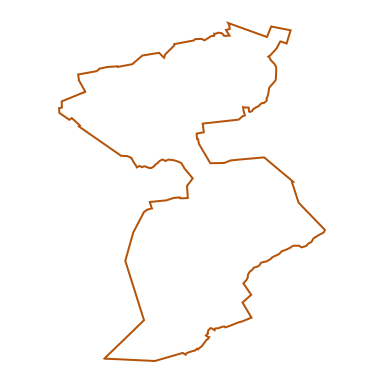 Eersel, Noord-Brabant, Netherlands (Natural Earth projection)
{"feature_id": "6326949B60524061283729", "entity_name": "Eersel", "entity_type": "district", "adm_level": 2, "iso_a3": "NLD", "parent_name": "Netherlands", "parent_adm1": "Noord-Brabant", "projection": "natural_earth1", "projection_center": [5.327, 51.393], "detail": "fine", "context": "isolated", "style": "outline", "palette": "amber", "viewbox_px": 384, "rotation_deg": 0, "n_neighbors": 0, "source": "geoboundaries", "source_scale": "gbopen_adm2", "svg_char_len": 5647}
<svg xmlns="http://www.w3.org/2000/svg" viewBox="0 0 384 384"><path d="M104.4,358.6L104.6,358.7L105.2,358.7L117.3,359.2L154.9,361.0L182.8,352.9L185.6,354.7L185.7,354.4L185.8,354.2L186.0,353.8L186.2,353.6L186.6,353.3L186.8,353.3L187.2,352.9L188.2,352.5L188.4,352.4L190.1,351.8L190.5,351.8L190.9,351.7L191.1,351.6L191.5,351.4L192.6,351.1L193.5,350.9L194.9,350.4L195.0,350.5L197.1,348.7L198.0,349.4L198.1,349.2L199.1,348.3L199.8,347.7L201.4,346.5L201.9,346.1L202.3,345.6L203.1,344.4L205.0,342.0L205.4,341.4L205.8,340.7L206.2,340.2L206.8,339.7L207.5,339.3L208.4,338.4L208.9,337.6L209.0,337.3L209.1,337.2L208.0,336.8L207.7,336.6L206.7,336.1L206.1,335.7L205.9,335.5L206.5,334.9L207.3,334.1L207.7,333.9L207.8,333.8L207.9,333.7L208.0,333.3L208.0,333.2L207.6,332.5L207.9,331.8L208.1,331.4L208.2,331.1L208.2,330.8L208.2,330.6L208.6,330.0L209.0,329.6L209.7,328.9L210.9,328.0L214.6,330.2L215.0,328.6L218.7,328.1L220.7,327.3L224.1,326.4L225.3,327.4L229.4,326.0L233.7,324.3L236.8,323.0L237.6,322.7L238.9,322.3L240.5,321.9L241.8,321.5L247.6,319.2L248.6,318.8L249.9,318.2L251.5,317.7L242.5,302.5L251.2,294.8L249.7,292.6L244.5,285.0L243.5,283.5L243.9,283.3L244.0,283.1L244.2,282.9L244.2,282.7L244.3,282.2L244.6,281.8L245.8,280.8L246.2,280.4L246.3,280.2L247.3,278.5L247.5,278.2L247.6,277.8L247.8,276.6L247.9,275.6L247.9,275.0L248.3,274.2L248.6,273.5L249.1,272.6L249.7,271.8L249.8,271.7L250.0,271.5L250.3,271.3L251.2,270.7L252.8,269.2L253.1,268.8L253.4,268.1L253.5,267.9L253.8,267.7L257.4,266.6L258.1,266.3L259.1,265.6L259.4,265.3L260.1,264.3L260.6,263.2L260.8,262.9L261.9,262.5L262.8,262.2L265.3,261.6L266.2,261.5L266.8,261.3L270.3,259.2L270.9,258.8L271.0,258.7L271.2,258.4L271.7,257.9L272.0,257.5L272.3,257.4L273.2,256.8L274.0,256.4L276.9,255.2L278.9,254.1L279.3,253.9L279.5,253.7L281.2,251.8L281.7,251.4L282.0,251.2L282.4,251.0L286.6,249.5L288.1,248.7L289.1,248.2L290.2,247.8L290.4,247.7L290.7,247.5L291.3,246.8L291.4,246.7L292.5,246.1L293.3,245.9L294.4,245.7L295.1,245.7L296.8,245.8L297.1,245.8L298.5,245.6L298.8,245.6L299.0,245.7L299.2,245.8L301.1,247.2L301.4,247.3L301.6,247.3L301.8,247.3L302.2,247.2L306.1,245.9L306.3,245.8L306.4,245.7L308.5,243.5L308.8,243.3L309.0,243.1L310.3,242.6L310.7,242.4L311.4,241.8L311.8,241.4L313.2,238.8L313.3,238.6L313.6,238.4L313.8,238.2L318.7,235.1L319.4,234.7L322.7,233.1L323.1,232.9L323.6,232.4L323.8,232.2L324.1,231.9L324.3,231.3L324.9,230.0L324.4,229.6L324.3,229.3L304.1,208.4L298.6,202.7L298.2,201.5L294.3,189.3L292.0,182.4L293.3,181.9L291.7,180.5L280.1,170.8L264.2,157.4L240.0,159.5L230.4,160.5L224.2,163.0L210.3,163.2L207.0,157.6L198.9,143.8L198.1,139.1L197.2,139.1L196.6,134.6L197.2,133.9L197.0,133.5L203.8,132.3L202.7,123.6L238.7,119.6L242.4,116.4L244.9,115.4L243.5,110.6L243.1,107.2L243.6,107.4L243.9,107.4L248.7,107.6L249.0,111.5L249.9,112.0L250.4,111.7L250.6,111.6L250.9,111.5L251.9,111.2L252.0,111.1L252.5,110.4L253.1,109.3L253.6,109.0L253.7,108.8L254.6,108.3L256.6,107.0L256.8,107.0L257.0,107.0L258.6,106.1L258.8,105.9L259.9,104.8L261.0,103.8L261.3,103.5L261.5,103.3L261.8,103.1L262.1,103.1L262.7,103.0L263.3,103.1L263.9,102.9L264.2,102.8L265.4,101.9L265.6,101.7L266.1,101.3L266.6,100.6L266.7,100.4L266.8,100.1L266.9,99.9L266.6,99.1L266.5,98.2L267.0,97.9L267.1,97.7L268.1,94.5L268.5,92.4L268.8,90.4L268.9,89.2L269.0,88.5L269.3,87.8L269.6,87.3L270.0,86.7L274.9,81.2L275.3,80.7L275.6,79.9L275.7,79.7L275.8,79.1L276.2,71.5L276.2,68.2L276.2,67.6L276.1,67.1L275.9,66.7L275.1,64.9L274.8,64.4L274.4,63.9L271.2,60.6L270.9,60.3L270.7,59.9L269.6,57.9L269.3,57.3L268.8,57.0L268.3,56.6L268.7,56.3L268.9,56.4L269.0,56.4L269.3,56.2L269.9,55.7L270.1,55.5L275.9,49.2L276.6,48.4L280.1,41.8L280.2,41.6L280.4,41.5L280.5,41.5L280.9,41.5L286.6,43.5L290.6,30.3L271.2,26.5L267.0,37.0L233.1,24.8L228.1,23.0L229.0,24.7L229.2,25.1L229.3,25.4L229.5,26.8L229.4,26.8L229.5,27.6L229.7,29.0L226.0,30.0L229.5,35.6L224.2,35.9L222.6,33.9L222.3,33.6L221.4,33.1L218.0,32.7L215.8,33.8L214.1,33.7L214.2,35.8L211.2,36.1L204.6,40.3L204.3,40.3L201.7,38.9L195.2,39.1L193.7,40.5L174.2,44.1L174.2,44.5L174.3,45.4L165.3,54.3L164.0,57.8L159.1,52.8L142.5,55.5L142.4,55.5L134.7,62.1L132.3,64.2L117.8,66.9L117.7,66.3L107.4,67.0L99.3,68.7L99.3,69.1L96.5,71.2L78.1,74.5L79.0,80.2L78.9,80.3L85.3,91.7L85.3,91.8L85.2,91.9L85.1,92.0L82.9,92.9L82.9,92.7L61.7,101.4L61.9,107.5L59.1,108.1L59.3,112.8L69.3,119.8L71.8,118.1L79.9,125.5L78.8,126.4L121.1,155.8L127.3,156.1L130.5,157.5L130.8,157.7L131.2,158.0L131.4,158.4L131.6,158.3L131.8,158.7L131.9,158.9L132.2,159.4L133.2,161.4L133.7,162.2L133.9,162.5L134.9,164.0L136.0,165.6L136.1,165.8L136.4,166.4L136.7,166.9L136.9,167.2L136.9,167.3L138.3,166.6L139.3,166.0L139.5,166.0L140.1,166.4L140.3,166.5L141.3,166.5L141.5,166.6L141.9,167.1L142.1,167.2L142.5,167.0L143.3,166.7L144.0,166.4L144.4,166.3L144.9,166.3L145.2,166.4L145.9,166.8L146.4,166.9L147.2,167.3L147.8,167.3L148.0,167.6L148.5,167.8L149.2,167.8L150.1,168.1L150.5,168.1L151.4,167.9L151.7,167.8L152.1,167.6L152.2,167.4L152.9,167.1L153.2,166.9L153.7,166.4L154.1,166.3L155.2,164.8L155.8,164.4L156.5,163.7L157.4,163.2L157.8,162.9L158.7,161.8L158.9,161.6L159.3,161.3L160.6,160.4L161.9,159.7L162.1,159.7L162.7,159.7L163.8,160.0L164.2,160.2L164.5,160.4L165.2,161.0L167.2,160.2L168.7,159.6L168.8,159.6L173.7,160.2L175.4,160.7L176.5,161.0L181.1,162.9L181.3,163.0L184.4,168.3L192.7,178.4L187.0,186.0L187.3,189.9L187.8,198.0L183.1,198.3L179.9,198.2L179.7,197.4L173.5,198.0L167.1,200.1L166.7,200.3L149.8,202.0L149.9,202.6L150.9,205.5L151.0,205.9L151.7,207.8L151.9,208.3L151.7,208.3L147.0,209.8L146.9,209.8L146.8,210.0L144.0,212.0L133.2,232.6L132.3,235.9L129.1,247.2L125.3,260.9L144.0,320.2L122.6,341.0L107.8,355.2L104.4,358.6Z" fill="none" stroke="#b45309" stroke-width="2"/></svg>